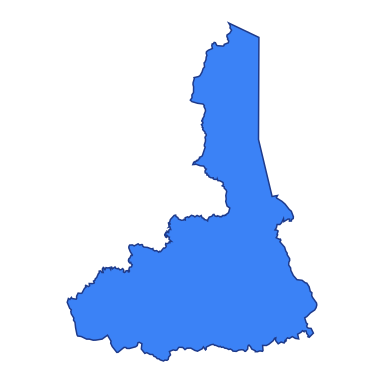 outline of Pueblo Bello, Cesar, Colombia
{"feature_id": "7082276B89066354157949", "entity_name": "Pueblo Bello", "entity_type": "district", "adm_level": 2, "iso_a3": "COL", "parent_name": "Colombia", "parent_adm1": "Cesar", "projection": "robinson", "projection_center": [-73.617, 10.53], "detail": "fine", "context": "isolated", "style": "filled", "palette": "blue", "viewbox_px": 384, "rotation_deg": 0, "n_neighbors": 0, "source": "geoboundaries", "source_scale": "gbopen_adm2", "svg_char_len": 6033}
<svg xmlns="http://www.w3.org/2000/svg" viewBox="0 0 384 384"><path d="M107.5,335.2L111.0,341.1L110.7,343.2L112.2,346.5L116.8,352.4L118.0,352.3L124.0,347.4L125.9,347.5L126.7,348.4L129.3,348.5L135.6,346.8L137.2,345.6L138.0,342.7L139.3,342.3L141.9,343.7L141.3,349.0L144.8,353.4L146.8,352.6L150.0,354.4L152.7,354.5L154.0,356.4L155.6,356.8L157.2,358.6L159.1,358.9L160.2,359.9L163.5,361.0L164.9,360.1L167.0,360.3L168.2,359.4L168.7,357.0L170.5,354.9L169.4,351.5L173.2,349.9L175.5,350.4L177.0,350.0L178.6,347.5L179.3,347.3L182.7,347.4L185.0,349.6L186.9,348.2L190.8,348.1L194.8,350.4L197.5,351.2L202.2,348.8L203.4,346.9L205.5,349.9L206.2,349.2L206.1,347.8L206.6,346.9L211.1,344.7L213.3,344.3L214.6,345.3L215.7,345.3L219.1,346.8L220.2,346.3L221.4,347.3L223.2,347.1L224.8,348.2L226.7,348.4L228.8,349.5L230.4,349.0L232.3,350.2L232.9,351.1L236.3,351.4L238.7,350.1L241.8,349.7L243.5,350.0L244.8,351.3L245.6,351.3L247.7,349.0L247.8,346.7L248.4,345.3L249.1,345.1L250.6,346.8L251.7,349.0L255.3,350.8L255.3,351.7L257.6,351.7L259.8,350.9L262.5,351.3L263.0,350.5L262.6,345.4L266.3,345.5L268.9,344.2L273.2,340.7L274.6,338.3L275.8,337.8L275.5,339.9L275.8,340.8L278.2,343.8L281.1,342.0L284.1,343.0L284.9,341.0L285.3,341.6L286.2,340.8L285.6,340.0L287.5,337.8L289.3,338.5L292.3,336.6L295.4,338.4L298.7,338.9L297.6,334.2L301.0,332.3L302.5,330.7L303.9,331.6L303.9,331.1L306.0,330.9L306.8,333.5L308.5,335.9L307.9,336.7L309.2,337.3L313.4,333.1L311.1,328.4L308.5,328.2L307.2,327.4L306.7,326.0L307.5,324.0L306.2,322.8L304.7,317.8L306.8,316.6L310.4,312.9L314.7,310.0L316.1,307.7L316.8,305.0L316.5,303.0L312.4,297.2L311.7,295.5L311.9,292.7L310.3,291.4L309.1,286.7L306.8,283.1L305.3,282.8L302.1,280.3L297.0,279.7L293.4,275.6L290.8,270.3L290.6,267.9L288.7,265.1L288.8,262.4L289.7,260.5L289.6,258.6L287.1,254.6L287.2,253.2L285.8,251.1L284.6,247.2L279.9,241.8L280.8,240.4L280.5,239.3L280.1,239.0L279.5,239.4L276.2,237.7L277.5,235.2L277.6,234.6L277.1,234.3L278.1,231.0L276.7,230.1L275.0,229.9L276.4,227.7L277.1,224.5L279.9,224.5L281.7,222.6L283.5,218.7L283.8,221.6L288.0,219.1L289.5,219.1L289.4,221.1L291.4,221.0L291.6,219.5L293.2,218.6L293.4,216.7L291.3,211.2L289.2,209.4L285.1,204.1L281.9,201.3L276.7,198.1L276.4,197.4L277.5,195.5L272.1,196.5L258.5,139.5L258.9,37.4L228.7,23.0L230.3,25.8L230.0,28.0L231.6,30.1L229.8,33.1L227.0,35.0L226.9,36.7L227.8,38.3L227.5,39.1L228.7,41.0L228.3,42.8L224.2,44.4L223.9,45.7L223.0,46.1L217.6,45.7L216.7,45.3L215.4,42.7L214.2,42.4L213.2,43.8L212.2,43.9L211.8,45.6L212.4,48.5L208.4,50.2L206.5,51.7L206.2,53.2L206.9,55.4L206.2,57.1L206.0,59.6L205.0,62.0L204.1,62.9L204.5,67.1L203.2,68.4L202.0,72.1L200.0,75.6L198.4,76.6L194.0,77.6L194.3,78.7L193.1,82.7L193.0,84.5L193.6,86.8L193.5,92.5L191.9,94.9L192.0,97.8L190.3,100.1L191.9,101.6L197.6,103.3L202.9,104.0L204.3,105.5L204.0,106.7L205.3,109.2L205.5,111.1L204.1,114.7L204.2,116.1L202.5,119.0L202.8,119.8L201.8,120.4L201.9,121.4L202.9,122.2L202.7,123.5L201.4,124.7L202.4,125.9L202.2,127.3L203.0,127.8L202.7,129.6L205.1,132.2L205.0,133.3L206.2,134.2L206.3,135.6L205.4,136.4L205.0,137.7L205.5,139.1L205.4,141.5L204.3,144.9L204.4,146.2L205.2,147.1L202.4,155.5L201.7,156.4L199.5,157.3L199.6,158.5L198.3,159.4L197.8,160.5L196.8,160.4L196.6,161.2L195.4,161.3L195.1,162.1L194.9,161.6L193.7,162.3L192.8,164.6L196.2,164.3L200.1,165.7L203.7,166.1L205.1,168.1L205.1,168.6L206.3,169.1L205.0,171.0L205.2,172.9L207.0,173.4L206.8,174.9L208.6,175.4L208.9,176.7L211.0,177.8L213.2,177.8L213.1,178.6L214.0,179.3L217.2,179.5L217.3,179.0L217.9,180.6L220.0,180.8L223.0,182.5L223.4,184.7L222.2,185.8L224.2,186.8L224.2,188.1L226.2,190.1L226.7,191.6L225.8,195.5L226.2,199.1L225.7,201.4L227.1,206.1L229.8,208.0L228.8,211.9L228.2,213.0L225.8,214.7L225.7,215.3L224.4,215.3L224.1,215.7L222.9,215.4L221.6,216.7L221.1,216.4L220.0,216.9L218.7,216.0L217.6,216.3L217.3,215.8L216.2,216.5L214.8,215.8L214.0,214.4L213.2,214.5L211.8,216.3L209.2,217.1L207.8,219.6L207.6,220.9L206.6,220.1L204.2,219.5L204.2,218.9L203.3,218.1L202.2,217.9L201.2,215.5L199.4,216.6L197.1,215.4L194.9,216.9L193.5,215.9L191.4,215.3L188.7,217.5L187.7,216.8L185.2,217.7L185.3,219.9L184.1,219.3L183.8,220.0L181.5,220.3L178.4,219.0L177.8,217.5L176.0,216.5L175.7,215.1L174.2,215.4L170.4,219.5L169.7,222.0L168.4,223.0L168.8,224.1L169.6,223.2L170.2,224.0L168.8,225.0L169.3,226.3L168.7,227.1L169.8,226.7L170.7,229.5L169.6,229.4L168.9,230.1L168.6,232.2L168.0,231.4L166.9,231.2L167.1,232.5L166.2,233.0L165.8,232.6L164.7,234.6L164.8,235.3L165.6,234.8L166.9,235.4L165.7,236.1L165.6,236.9L166.4,237.4L167.5,235.9L168.0,236.8L169.4,237.2L169.0,239.2L171.3,241.3L170.3,241.2L169.9,242.5L169.2,241.9L168.8,242.9L167.0,243.7L165.8,243.4L165.5,244.9L166.3,246.0L166.0,246.9L164.7,248.2L163.6,248.0L160.6,251.7L159.5,251.3L158.8,252.2L156.6,250.6L154.7,250.9L153.0,249.8L152.9,248.5L151.3,248.9L147.5,247.4L144.0,247.1L142.8,246.2L142.5,244.9L142.0,244.5L139.5,245.0L138.1,243.8L134.2,245.9L132.4,244.9L129.6,245.1L128.9,246.5L128.8,247.9L130.3,251.7L132.4,255.0L132.1,255.5L131.0,255.4L129.8,258.1L129.0,258.5L128.4,260.2L128.8,260.5L128.6,261.6L129.9,263.0L130.7,262.4L131.2,263.9L132.2,264.6L131.5,266.8L129.5,267.3L128.9,269.3L129.5,271.0L128.9,272.0L128.3,271.8L128.5,270.7L127.0,270.6L125.8,271.0L125.1,272.2L124.3,272.5L123.4,271.9L123.8,270.2L122.7,268.6L121.0,269.7L119.8,269.8L118.3,268.3L117.5,268.8L115.7,268.3L115.0,267.0L112.5,268.8L111.8,267.2L111.2,267.0L110.7,269.5L109.6,267.6L107.9,268.0L106.0,267.6L105.0,269.7L104.3,269.5L103.9,267.7L103.3,267.4L102.3,269.1L103.2,272.5L101.9,272.5L100.7,270.9L99.2,271.1L99.2,272.9L98.4,273.6L96.6,277.7L95.3,278.7L95.0,280.1L93.5,281.1L94.3,282.6L94.1,283.1L92.6,283.6L89.2,283.5L89.6,285.8L88.4,286.6L85.8,285.3L85.4,286.0L86.0,287.1L84.5,288.3L82.0,293.0L81.2,293.4L78.1,293.1L76.6,296.2L76.6,298.6L76.1,299.2L72.0,298.5L71.4,297.4L69.9,299.4L68.4,298.5L67.2,302.3L69.7,308.3L71.3,309.8L70.8,311.5L71.3,313.9L73.8,318.0L73.5,320.1L75.0,322.3L75.6,327.9L77.0,334.8L77.7,336.0L81.2,336.5L86.6,339.1L89.3,339.1L93.2,340.2L95.9,340.1L102.1,339.1L107.5,335.2Z" fill="#3b82f6" stroke="#1e3a8a" stroke-width="1.5"/></svg>